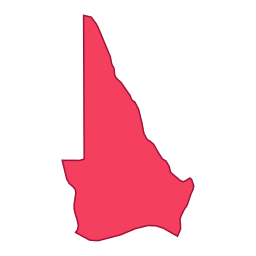 the Department of Kouffo
{"feature_id": "BEN-2176", "entity_name": "Kouffo", "entity_type": "Department", "adm_level": 1, "iso_a3": "BEN", "parent_name": "Benin", "parent_adm1": "", "projection": "robinson", "projection_center": [1.816, 7.113], "detail": "fine", "context": "isolated", "style": "filled", "palette": "rose", "viewbox_px": 256, "rotation_deg": 0, "n_neighbors": 0, "source": "natural_earth", "source_scale": "10m", "svg_char_len": 1023}
<svg xmlns="http://www.w3.org/2000/svg" viewBox="0 0 256 256"><path d="M79.9,160.4L84.2,159.0L84.0,119.9L83.9,81.3L83.7,41.5L83.6,15.4L91.2,17.1L96.2,23.9L98.0,27.2L110.3,56.7L111.6,63.5L112.4,65.6L113.8,67.8L114.2,69.6L114.6,74.7L115.5,76.8L117.4,79.3L121.0,82.4L130.1,95.6L131.2,98.6L132.1,100.2L135.0,102.3L138.6,109.4L141.7,121.9L143.9,133.4L146.8,139.0L148.4,140.3L149.8,141.0L153.5,144.2L158.4,152.7L162.3,158.8L166.0,161.1L169.2,166.5L170.3,171.2L170.8,172.4L172.1,173.7L180.1,180.4L182.1,181.4L183.7,181.6L186.1,180.4L190.0,178.0L191.7,179.6L193.8,186.1L192.7,190.2L191.2,193.3L187.5,204.0L186.5,206.3L184.5,208.9L181.2,215.5L180.3,218.2L180.0,220.5L180.4,223.8L180.6,229.0L177.5,236.2L163.2,228.1L156.0,225.8L148.1,225.5L135.4,228.6L120.6,234.8L98.5,240.6L93.4,240.5L89.4,240.0L76.6,233.0L75.6,232.5L77.5,229.7L78.4,225.6L77.0,219.2L75.2,213.7L74.2,209.2L74.1,204.6L75.8,193.4L75.4,189.7L73.2,186.9L69.8,183.9L69.4,183.6L66.8,179.2L62.2,160.3L79.9,160.4Z" fill="#f43f5e" stroke="#9f1239" stroke-width="1.5"/></svg>